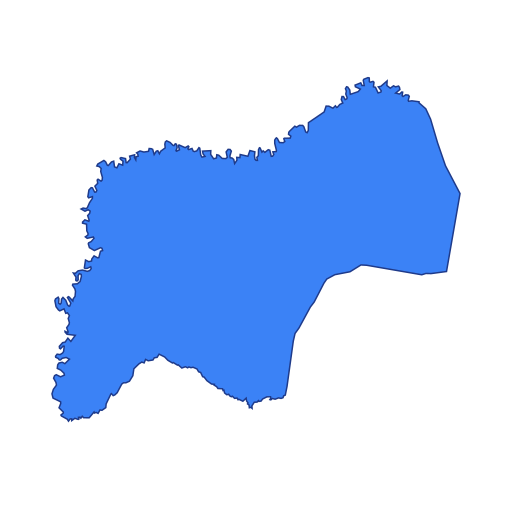 the district of Srei Snam, Siemréab, Cambodia, rotated 10°
{"feature_id": "14789045B20836207890742", "entity_name": "Srei Snam", "entity_type": "district", "adm_level": 2, "iso_a3": "KHM", "parent_name": "Cambodia", "parent_adm1": "Siemréab", "projection": "natural_earth1", "projection_center": [103.506, 13.832], "detail": "fine", "context": "isolated", "style": "filled", "palette": "blue", "viewbox_px": 512, "rotation_deg": 10, "n_neighbors": 0, "source": "geoboundaries", "source_scale": "gbopen_adm2", "svg_char_len": 5933}
<svg xmlns="http://www.w3.org/2000/svg" viewBox="0 0 512 512"><g transform="rotate(10 256 256)"><path d="M100.0,451.2L101.3,448.7L102.8,448.4L103.1,450.1L105.8,447.3L109.3,447.8L110.0,447.2L109.2,445.7L110.7,445.3L111.7,446.1L112.7,444.0L114.3,445.2L119.8,444.3L123.6,437.7L124.2,438.7L125.7,437.8L127.8,438.4L129.1,434.7L131.1,434.7L134.4,431.4L134.1,427.7L137.0,417.2L137.5,416.6L139.6,418.3L141.1,417.3L143.0,414.8L146.0,405.5L147.5,403.9L149.8,403.5L153.1,401.3L155.5,395.3L155.3,388.3L159.4,382.6L161.9,380.3L164.4,380.7L165.2,377.0L168.0,377.9L172.6,376.3L173.5,373.9L176.2,373.0L177.6,369.5L183.6,371.3L187.3,374.0L192.3,375.9L193.0,375.3L197.6,377.1L198.3,376.7L202.4,379.2L205.7,377.3L208.1,378.0L209.2,376.9L211.3,377.3L213.3,376.5L217.5,377.5L219.6,380.0L221.7,380.3L224.4,384.1L226.0,384.3L229.3,387.3L234.4,389.8L237.3,389.6L237.1,390.4L239.9,391.5L241.5,393.1L246.1,392.6L246.9,394.2L247.7,393.7L248.8,396.3L251.3,397.7L253.1,396.9L254.4,398.3L256.1,398.9L257.1,398.2L259.6,399.9L262.0,399.2L263.3,400.7L264.0,400.1L268.3,401.3L271.0,397.7L271.9,400.4L273.6,402.0L273.3,403.1L275.0,403.9L275.8,406.6L277.2,405.9L278.6,406.7L278.0,404.3L279.7,400.3L282.4,399.7L283.5,398.0L284.1,398.7L286.2,398.0L287.3,395.7L291.2,392.8L294.8,392.1L295.3,393.4L294.6,395.0L295.6,395.1L296.8,393.5L299.7,393.7L302.9,391.8L305.4,391.9L307.2,390.9L307.5,388.9L309.0,387.9L309.2,379.1L307.5,333.4L307.9,325.5L310.8,319.5L318.4,296.8L321.3,291.2L327.6,271.0L329.7,266.4L336.9,260.7L351.3,255.2L360.9,246.6L366.5,245.9L422.5,245.7L426.3,243.7L431.5,242.9L446.3,238.2L446.1,159.1L426.9,134.2L415.2,113.1L404.2,91.0L397.6,81.5L390.0,76.9L389.8,75.8L382.6,76.1L379.4,77.1L378.9,76.4L379.2,72.1L378.0,71.1L375.4,71.3L373.1,73.4L372.1,72.8L372.0,69.2L371.2,69.1L369.2,71.6L365.2,71.3L368.8,67.1L368.0,65.0L366.9,63.9L364.0,65.2L361.9,64.5L359.1,67.4L355.3,65.4L354.7,60.8L349.5,67.2L347.1,68.2L350.7,71.6L350.5,72.9L347.9,74.2L344.3,69.1L342.3,69.0L342.0,64.4L340.9,63.7L338.3,65.0L337.4,64.6L336.6,61.0L335.3,60.9L331.5,63.2L331.1,64.3L333.0,69.3L330.8,69.7L329.1,67.3L323.9,70.5L324.5,72.1L329.8,73.5L328.1,76.4L320.8,80.4L319.5,76.2L317.0,73.7L315.8,73.6L315.0,75.7L316.3,77.8L316.3,80.9L318.3,84.4L318.1,85.5L316.6,86.5L314.5,83.8L313.0,84.0L312.8,87.1L314.9,90.3L312.2,92.2L310.3,95.4L309.6,95.7L308.1,94.3L306.1,97.1L301.8,95.8L299.0,96.2L298.1,102.3L284.5,115.6L285.7,123.3L284.9,125.7L283.4,125.2L280.6,120.3L279.3,119.3L276.1,119.8L273.5,122.1L271.7,121.4L267.6,127.0L266.8,128.4L266.9,130.5L269.5,131.9L269.2,134.0L263.4,135.1L263.0,135.7L264.5,138.3L263.1,139.7L259.4,140.2L256.7,136.7L255.6,136.1L255.0,136.8L254.3,138.6L254.9,141.9L257.8,148.5L257.8,149.6L254.5,150.5L255.9,153.0L255.0,154.9L253.7,155.2L251.2,149.4L249.6,149.2L246.7,152.4L244.8,151.2L243.8,152.7L241.3,148.9L240.6,148.8L240.0,150.8L240.9,156.8L239.7,158.7L240.8,161.6L239.4,161.8L238.2,160.9L237.1,157.6L236.8,153.6L231.7,153.2L230.7,159.2L222.8,158.8L223.1,161.9L219.9,162.2L220.6,164.9L218.9,168.7L217.3,164.8L215.3,163.6L213.6,163.8L212.9,162.1L213.5,157.0L212.0,155.6L210.0,155.8L208.5,158.7L210.6,163.8L209.4,165.3L205.8,165.8L201.8,163.2L199.8,163.1L200.0,166.4L197.4,167.6L193.7,163.8L193.2,160.1L185.1,162.0L186.2,164.7L188.5,166.8L185.6,168.0L184.0,166.1L181.9,159.6L181.0,159.2L179.4,162.8L177.1,163.9L175.9,163.6L174.3,161.2L171.2,162.9L170.3,162.3L170.9,160.0L170.1,159.4L167.4,161.6L160.9,160.0L160.4,160.8L162.2,164.7L159.6,166.6L158.9,166.2L159.5,163.0L158.2,159.7L157.0,159.5L156.1,161.5L155.1,161.5L151.7,159.1L148.0,158.1L146.9,159.4L146.8,161.7L147.8,165.3L143.9,169.4L143.1,172.1L141.0,169.4L139.6,170.1L138.1,173.8L135.7,168.9L134.2,168.5L132.1,168.7L132.0,171.6L127.5,173.1L123.6,172.7L120.5,175.1L122.0,176.3L122.6,178.2L120.6,179.1L120.9,182.2L119.1,180.0L118.9,177.4L114.2,179.6L115.5,182.4L112.9,186.5L111.9,186.6L110.6,182.7L106.0,182.5L105.2,183.3L105.7,184.2L108.6,185.8L108.9,189.7L105.0,189.0L103.7,193.3L101.2,192.8L99.4,187.3L97.3,188.5L94.8,192.6L93.9,192.5L91.5,189.3L89.6,188.3L84.2,192.9L83.6,195.0L86.2,195.2L88.3,196.7L88.4,199.7L91.1,205.3L91.3,208.0L90.4,209.2L87.1,207.8L86.4,208.8L87.5,211.9L85.2,215.2L87.9,219.1L87.2,220.9L86.0,221.1L83.1,217.3L81.8,217.3L80.0,220.0L80.1,226.8L81.1,227.8L84.6,225.9L84.9,227.6L82.8,232.4L81.5,237.7L80.5,238.8L77.4,238.8L75.6,240.1L79.8,241.6L82.7,239.6L84.9,240.6L84.8,242.8L83.2,245.4L85.5,249.8L85.3,250.8L81.2,250.1L79.3,252.7L79.5,253.8L83.6,254.1L85.0,260.6L86.7,263.0L86.8,264.5L84.6,266.8L86.7,267.9L92.5,265.5L93.4,266.7L91.2,270.4L88.9,272.1L88.7,273.1L90.5,276.7L95.9,278.7L101.5,274.8L103.0,275.2L104.0,277.3L102.0,278.3L101.5,284.9L100.4,285.3L96.5,284.0L94.8,287.5L94.9,289.5L92.3,290.6L88.8,289.6L89.0,297.5L89.8,298.0L92.1,297.4L95.1,295.3L95.9,297.0L94.8,299.2L92.5,300.4L87.5,300.0L83.4,301.5L81.1,304.4L79.1,304.5L82.4,308.1L82.7,311.1L83.4,311.7L84.6,311.4L85.0,310.2L84.2,306.3L85.1,304.0L87.1,304.5L87.6,306.5L87.2,311.7L84.9,314.4L80.5,315.5L80.3,316.6L83.4,319.9L84.4,322.3L84.8,327.2L83.4,329.9L83.4,332.1L79.2,328.9L78.3,328.6L77.5,329.6L81.8,334.6L81.3,337.5L80.7,338.0L79.0,337.0L76.4,332.7L73.1,330.3L72.0,332.2L72.3,336.2L71.5,337.5L69.9,336.8L69.3,332.2L68.3,330.9L66.0,333.1L65.7,335.0L67.9,340.7L70.8,343.4L72.3,344.1L76.1,341.4L78.6,345.5L80.2,344.7L82.6,347.1L81.9,350.1L83.8,354.1L83.7,355.9L82.0,359.5L84.2,363.4L83.9,364.2L81.0,363.3L81.2,364.1L83.5,365.9L91.8,365.5L88.5,372.3L85.0,369.6L83.0,373.9L80.6,374.9L78.0,379.1L78.5,380.9L79.6,381.4L81.7,378.2L82.8,378.2L83.1,383.4L82.4,385.1L80.2,387.1L77.2,387.2L76.0,389.5L76.3,390.5L79.1,391.3L80.3,392.5L81.5,392.3L82.9,390.4L86.7,388.9L90.2,390.0L86.5,395.2L83.6,394.3L80.5,395.6L79.6,397.6L79.8,401.2L83.6,402.3L87.3,404.8L88.0,406.6L84.5,408.9L79.9,407.6L78.4,408.8L77.9,411.5L81.0,415.3L81.9,417.8L79.6,422.5L79.0,427.2L80.8,431.2L88.9,433.5L89.3,435.2L88.4,439.7L93.3,443.1L93.5,444.1L91.5,446.5L92.1,447.3L98.5,449.5L100.0,451.2Z" fill="#3b82f6" stroke="#1e3a8a" stroke-width="1.5"/></g></svg>